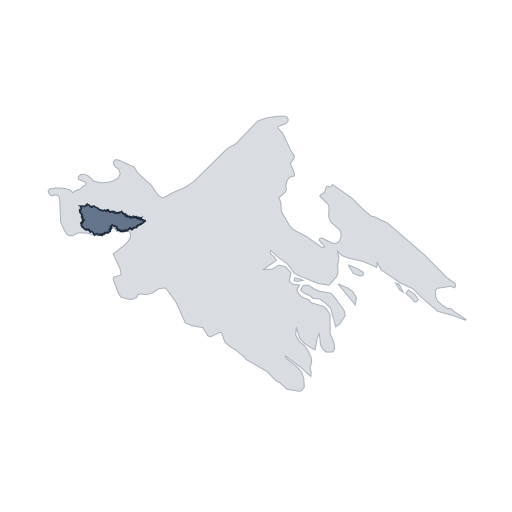 Dinajpur, Rangpur, Bangladesh (highlighted), rotated 317°
{"feature_id": "16705992B66423446659680", "entity_name": "Dinajpur", "entity_type": "district", "adm_level": 2, "iso_a3": "BGD", "parent_name": "Bangladesh", "parent_adm1": "Rangpur", "projection": "natural_earth1", "projection_center": [88.877, 25.643], "detail": "fine", "context": "in_parent", "style": "filled", "palette": "slate", "viewbox_px": 512, "rotation_deg": 317, "n_neighbors": 0, "source": "geoboundaries", "source_scale": "gbopen_adm2", "svg_char_len": 9615}
<svg xmlns="http://www.w3.org/2000/svg" viewBox="0 0 512 512"><g transform="rotate(317 256 256)"><path d="M185.4,360.2L185.3,348.3L178.2,324.9L178.6,322.3L177.1,311.0L175.3,304.8L174.4,298.1L178.6,288.5L176.9,287.0L167.4,284.0L166.3,281.6L168.3,272.1L161.5,263.2L158.8,256.5L166.1,235.0L167.9,220.0L167.4,217.1L162.9,213.8L155.1,212.4L149.5,209.6L146.2,205.4L143.5,203.7L140.1,204.9L135.7,203.3L132.1,199.1L129.1,193.9L130.3,188.4L136.0,175.1L138.1,174.7L143.1,177.3L145.0,177.3L148.2,172.0L152.8,157.1L168.7,158.4L172.5,158.0L176.5,156.8L178.7,154.9L179.9,152.5L179.5,150.4L174.6,147.6L172.7,145.5L171.3,139.6L169.9,137.3L160.3,137.0L155.3,134.3L152.6,131.8L147.7,123.7L141.7,117.7L136.0,116.2L133.7,114.3L132.5,111.2L133.3,106.7L136.2,98.1L152.0,79.6L152.4,77.5L151.8,75.2L147.2,72.2L146.9,70.7L148.2,66.8L150.8,66.3L156.3,69.9L161.8,75.6L165.1,80.7L165.2,84.7L169.5,85.5L173.1,87.3L176.9,86.8L179.3,87.8L180.9,87.4L181.5,85.1L178.4,79.2L179.9,76.8L183.5,76.9L186.1,79.1L188.1,83.6L188.4,90.6L192.7,96.9L198.3,101.4L202.7,103.5L208.0,104.9L212.5,103.5L214.8,99.1L213.8,95.2L214.5,91.7L216.3,89.7L219.1,89.8L221.2,92.6L227.4,107.7L226.2,114.4L227.6,132.7L226.0,144.8L227.0,149.5L228.1,150.3L237.4,152.6L250.9,157.4L261.2,159.2L307.9,157.8L318.1,160.2L349.3,158.4L357.8,162.2L367.1,168.5L372.3,173.2L373.3,175.9L372.7,178.2L371.0,179.4L367.8,179.4L360.4,176.4L359.2,177.3L359.2,184.6L353.3,202.7L352.5,208.4L350.4,210.6L344.3,211.7L340.2,222.3L338.6,223.6L334.5,221.3L332.0,221.7L328.8,222.7L325.7,225.1L323.5,228.2L321.1,229.2L312.3,229.0L310.7,233.9L305.0,240.4L301.1,257.4L301.4,262.6L306.3,276.3L309.8,293.9L311.1,295.7L312.7,295.9L312.8,287.8L314.4,286.7L316.4,287.7L320.6,298.6L322.9,301.3L326.6,302.1L330.7,300.4L333.8,297.3L335.0,293.8L333.8,281.9L335.8,277.1L342.8,269.9L343.9,267.7L343.3,255.8L346.0,255.4L349.6,256.3L354.1,253.5L355.5,253.4L357.5,256.4L360.7,255.9L365.7,279.5L366.2,296.2L367.4,305.4L369.1,307.5L374.6,321.4L380.0,370.3L380.8,401.3L382.9,411.9L381.2,414.2L379.5,414.7L377.8,411.0L366.3,403.1L363.5,403.9L359.6,408.5L358.0,412.7L358.7,418.7L360.0,424.5L362.8,427.9L363.0,431.6L366.2,445.6L365.3,445.7L358.9,433.0L351.2,420.5L348.6,398.1L348.4,387.0L343.1,374.0L338.1,351.4L340.2,343.4L336.6,346.8L330.8,333.3L321.7,319.9L319.1,314.1L318.9,308.3L315.1,314.1L309.8,318.1L304.5,324.2L300.9,326.1L289.6,327.2L283.0,319.0L273.6,299.1L272.3,294.6L273.5,282.9L271.3,271.7L270.6,262.0L268.9,262.8L268.3,265.5L268.7,269.7L268.0,273.1L252.2,270.9L259.0,276.7L266.2,278.1L270.0,283.3L270.2,292.0L263.1,297.2L263.8,301.6L267.9,307.0L262.9,308.5L261.6,312.0L261.5,317.0L265.0,324.7L264.4,327.7L270.4,337.8L271.5,342.6L270.1,349.4L257.3,363.2L253.6,373.0L250.4,377.5L246.4,378.4L241.6,373.8L241.5,369.0L242.5,365.2L249.2,356.1L245.5,357.3L235.1,364.9L233.1,358.7L231.8,353.1L231.8,346.1L236.8,335.8L231.1,340.9L229.5,347.4L230.3,355.0L229.5,360.4L227.3,367.4L224.3,371.7L219.4,374.4L217.2,378.5L213.9,381.6L212.7,367.4L209.2,348.3L208.4,352.4L210.3,364.3L210.2,372.0L207.5,378.1L202.1,384.6L197.9,385.6L195.5,384.6L187.8,374.7L187.1,365.4L185.4,360.2ZM280.5,360.5L270.9,362.8L266.0,362.1L275.1,344.9L274.7,337.2L273.3,330.9L268.7,325.8L268.4,322.2L266.3,317.3L265.2,311.6L270.3,309.7L274.5,313.0L276.0,319.6L278.1,324.5L285.4,334.6L285.3,340.7L283.3,355.9L280.5,360.5ZM301.0,354.9L295.2,359.5L297.0,332.3L301.4,342.4L302.5,347.8L301.0,354.9ZM323.3,341.3L320.8,343.2L318.4,341.5L315.3,335.2L316.7,327.1L317.7,325.9L321.4,334.2L323.3,341.3ZM345.2,398.6L341.9,398.9L340.3,397.0L341.0,394.3L340.1,385.5L344.3,384.6L345.9,391.9L345.2,398.6ZM341.4,374.0L339.0,382.7L338.0,378.8L339.6,371.1L341.4,374.0ZM272.8,303.2L273.8,306.0L268.4,302.4L267.0,299.8L269.4,298.4L272.8,303.2Z" fill="#d9dde1" stroke="#a8b0b8" stroke-width="1"/><path d="M162.1,100.2L161.6,99.7L161.7,100.1L161.0,100.5L161.2,101.6L160.5,101.8L160.4,102.3L160.1,102.5L159.2,102.6L159.0,102.1L158.4,102.0L158.8,102.3L158.4,102.3L158.2,102.6L158.2,102.3L158.0,102.5L157.7,102.6L157.5,103.3L157.7,104.0L157.4,104.0L157.5,104.2L156.9,104.4L156.8,105.4L157.3,106.3L157.2,107.0L156.5,107.0L156.2,107.6L155.9,107.7L155.6,108.3L155.8,108.7L155.6,109.3L155.6,108.7L155.0,108.6L155.1,108.9L155.2,108.7L155.4,108.8L155.4,109.5L155.7,109.4L155.3,110.1L154.9,109.9L154.1,110.3L154.1,110.8L154.3,111.2L154.0,111.0L153.9,111.2L154.4,111.4L154.3,111.7L154.4,112.7L153.6,112.8L153.3,112.2L153.1,112.2L153.1,112.9L152.7,113.2L152.2,112.9L152.1,112.3L151.7,112.3L151.7,112.7L151.3,112.3L151.0,112.3L150.7,112.4L151.2,113.0L151.0,113.4L150.6,112.9L150.4,112.9L150.5,112.6L150.2,112.5L149.7,114.2L149.0,114.4L149.0,115.5L149.3,116.3L149.0,116.5L149.2,116.8L149.0,117.5L148.8,117.4L149.1,118.2L148.9,118.8L149.0,119.4L149.3,119.6L149.1,120.0L149.4,120.3L149.3,120.7L149.5,121.0L149.8,121.0L149.7,121.3L150.0,121.7L150.3,121.7L150.2,121.4L150.5,121.3L150.4,121.1L150.8,121.6L151.0,121.4L151.3,121.7L151.0,122.0L151.6,122.4L151.1,122.6L151.1,123.0L151.7,123.0L151.6,123.8L151.8,124.3L151.7,124.5L151.5,124.2L151.3,124.4L151.4,124.6L151.1,125.0L151.4,125.3L151.2,125.6L152.7,126.0L152.8,128.2L152.5,128.4L152.2,129.2L152.5,129.8L152.2,130.3L152.9,130.2L153.0,130.6L153.3,130.7L153.3,130.9L153.5,131.0L154.2,131.1L154.3,131.3L154.3,131.0L154.7,131.2L155.2,131.2L155.1,132.1L155.3,132.8L155.1,133.0L155.7,133.8L156.0,133.6L156.2,134.2L156.5,134.4L156.7,133.8L157.0,133.9L157.0,134.6L157.4,134.4L157.4,134.7L157.2,135.3L157.4,135.4L157.4,136.1L157.7,136.1L157.8,135.5L158.2,135.3L158.1,135.7L158.5,135.9L158.9,135.8L158.9,136.0L159.2,136.1L159.9,136.0L160.2,136.1L160.5,136.3L160.8,135.6L161.2,135.6L161.2,135.9L161.0,136.1L161.4,136.0L161.9,136.9L162.8,136.7L163.3,136.9L163.3,137.1L163.0,137.2L163.2,138.1L164.0,137.9L164.1,138.4L165.5,138.3L166.1,138.6L166.2,138.3L166.5,138.2L166.5,136.7L166.9,136.7L166.8,136.9L166.9,137.0L166.9,136.7L168.4,136.4L168.5,137.0L168.3,137.4L168.6,137.4L168.8,137.1L169.7,137.0L170.0,136.4L169.7,136.4L169.4,136.1L169.4,135.1L169.5,135.0L170.6,135.7L171.2,135.2L172.2,135.2L172.0,135.9L172.3,137.5L173.2,137.3L173.6,138.5L173.5,139.0L173.7,139.4L173.6,139.8L173.2,140.1L173.3,140.1L173.0,140.3L173.1,140.8L173.3,140.8L173.5,141.2L173.5,141.5L173.2,141.5L173.2,142.1L172.7,142.2L172.3,142.6L172.9,142.6L172.9,143.2L173.6,143.1L173.7,143.4L173.8,143.4L173.6,144.3L173.9,144.5L173.7,144.5L173.8,145.6L174.6,145.7L174.6,146.3L175.4,146.4L175.2,147.0L175.7,147.4L176.2,148.1L176.4,148.1L176.3,147.5L176.4,147.4L177.3,147.3L177.4,148.0L177.9,149.0L178.4,149.0L178.6,148.7L178.7,149.5L179.2,149.8L179.8,149.6L180.3,149.7L180.4,149.4L181.1,149.7L181.2,149.4L181.7,149.4L181.6,149.6L181.8,149.7L181.7,149.9L182.5,150.1L183.0,149.6L183.0,152.0L183.4,151.9L183.6,152.1L183.9,151.6L184.0,151.7L184.0,151.3L184.3,151.3L185.1,152.0L185.0,151.8L185.6,152.1L185.8,152.4L186.1,152.3L186.1,152.0L186.4,151.8L186.9,152.4L187.1,153.0L187.5,153.1L187.8,153.7L188.5,153.5L189.0,153.6L188.9,153.3L189.2,152.9L189.6,153.5L190.2,153.3L190.1,152.8L190.8,152.7L191.3,153.1L191.1,153.3L191.3,153.2L191.7,153.7L192.0,153.8L192.1,154.1L192.4,154.2L192.8,154.0L193.0,153.7L193.3,153.9L193.3,154.4L193.6,154.5L194.4,154.0L194.8,154.1L194.8,154.4L195.4,154.3L195.5,154.6L196.0,154.8L197.5,154.8L197.4,154.4L198.9,154.9L199.1,154.4L198.8,154.3L198.4,153.6L198.4,153.1L198.2,152.6L197.4,152.1L197.5,151.9L197.4,151.8L197.1,151.1L196.5,150.8L197.5,150.4L197.1,150.1L197.2,149.8L198.0,149.7L197.3,149.4L197.1,149.0L196.6,149.1L197.0,148.6L196.9,148.3L196.5,148.8L195.5,148.6L195.4,148.1L195.9,147.9L195.9,147.6L195.4,147.7L195.1,147.3L194.9,147.8L194.6,147.7L195.1,146.7L195.1,146.9L195.5,147.2L195.3,146.8L196.0,146.4L195.6,146.5L195.3,146.4L195.2,146.2L195.5,146.1L195.4,145.5L195.1,145.5L195.2,145.8L194.7,146.0L194.8,145.6L194.0,145.6L193.8,145.4L194.0,145.4L194.4,144.8L193.6,143.6L193.5,144.0L193.1,143.9L192.8,144.1L192.6,143.5L192.2,143.4L191.9,142.9L191.5,143.3L191.4,142.9L191.2,143.1L190.8,143.0L190.8,142.9L191.2,143.0L190.9,142.6L190.6,142.7L190.0,142.5L190.1,142.3L190.5,142.5L190.8,142.4L190.6,142.2L190.8,141.6L190.6,141.0L189.8,140.6L190.1,140.2L189.6,140.1L189.6,140.3L189.4,139.9L189.2,140.0L188.8,139.7L189.2,139.4L189.6,139.4L189.2,139.3L189.3,138.7L188.8,139.2L188.7,138.6L188.2,138.4L188.6,137.9L188.5,137.7L188.2,137.7L188.4,137.6L188.1,137.4L188.3,137.3L188.1,137.1L188.2,136.7L188.3,136.8L188.6,136.5L188.4,136.1L188.8,136.3L188.5,135.9L188.4,136.1L188.2,135.9L188.6,135.8L188.2,135.6L188.3,135.4L188.1,134.9L188.2,134.4L188.0,133.8L187.6,133.7L188.2,132.5L188.2,132.1L187.9,132.3L186.8,131.6L186.7,131.2L185.8,130.9L185.3,131.0L185.2,131.3L185.0,131.2L185.0,130.3L184.6,129.9L184.0,129.8L183.4,130.0L183.3,129.3L183.1,129.2L183.1,128.9L182.5,128.8L182.6,128.7L182.4,128.5L182.4,128.1L182.7,127.9L182.4,127.5L182.0,127.4L182.2,127.0L182.6,126.9L182.4,126.7L182.4,126.3L182.0,126.1L181.2,126.3L181.1,126.1L181.3,125.5L180.8,125.4L180.6,124.7L180.3,124.7L180.1,125.0L179.2,124.5L179.4,124.1L178.8,123.2L178.7,122.2L179.3,122.0L179.6,121.6L179.2,121.2L179.2,121.5L179.1,121.4L179.0,121.5L179.0,121.3L178.6,121.3L178.4,120.9L177.9,121.0L177.6,120.6L177.4,120.6L177.3,121.1L177.7,121.0L177.9,121.2L176.9,121.2L176.6,120.8L176.7,120.5L176.5,118.9L175.3,118.9L174.7,118.5L174.4,118.0L174.6,117.9L174.2,117.5L174.0,116.3L173.1,116.1L173.1,114.9L172.8,114.3L173.1,113.5L173.0,113.3L172.7,113.4L172.5,111.9L171.7,110.4L171.6,109.9L171.8,109.5L171.7,109.0L170.4,108.1L169.4,107.9L169.2,108.0L169.1,108.4L168.6,107.9L169.0,107.3L168.5,106.2L168.8,105.4L168.2,104.0L168.1,102.9L167.6,102.8L167.2,103.3L166.5,103.5L166.2,103.4L166.1,102.8L164.5,103.0L164.2,102.8L163.2,101.0L162.3,100.6L162.1,100.2Z" fill="#64748b" stroke="#1e293b" stroke-width="1.5"/></g></svg>